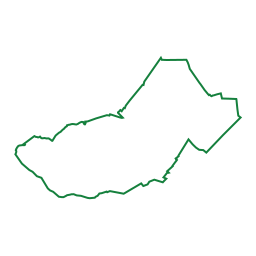 Dumbrava Rosie, Neamt, Romania (Equal Earth projection)
{"feature_id": "2599482B29354123900383", "entity_name": "Dumbrava Rosie", "entity_type": "district", "adm_level": 2, "iso_a3": "ROU", "parent_name": "Romania", "parent_adm1": "Neamt", "projection": "equal_earth", "projection_center": [26.407, 46.891], "detail": "fine", "context": "isolated", "style": "outline", "palette": "green", "viewbox_px": 256, "rotation_deg": 0, "n_neighbors": 0, "source": "geoboundaries", "source_scale": "gbopen_adm2", "svg_char_len": 2982}
<svg xmlns="http://www.w3.org/2000/svg" viewBox="0 0 256 256"><path d="M162.8,182.3L163.9,181.1L166.3,178.7L163.5,177.4L166.4,173.7L167.0,172.9L167.9,172.8L168.4,172.8L168.8,172.7L168.7,172.6L168.3,172.2L167.8,171.7L167.2,171.2L172.4,166.5L172.2,166.4L172.4,166.0L175.7,161.5L175.8,161.5L176.9,160.0L176.2,159.5L176.5,159.0L175.8,158.4L177.1,157.4L178.4,156.4L178.2,156.2L178.7,155.2L188.5,139.4L192.4,144.1L193.8,145.5L196.0,147.6L199.2,149.8L203.3,150.1L206.3,152.6L223.0,135.1L240.6,117.5L238.3,115.7L237.4,109.1L236.4,99.3L236.3,99.0L228.8,98.7L222.0,98.5L220.8,93.4L217.1,94.3L213.6,95.4L212.7,95.5L211.8,96.1L211.6,96.2L211.2,96.0L210.8,95.8L209.7,94.7L208.9,95.1L207.8,93.9L204.5,89.9L200.6,84.3L199.5,82.9L193.6,74.4L189.8,68.9L188.6,64.7L187.7,62.3L186.8,60.6L186.4,59.8L166.5,60.0L161.8,59.8L160.9,57.8L144.3,81.6L143.5,85.0L142.6,84.8L129.7,100.5L125.8,105.6L124.8,108.2L123.9,107.9L122.0,110.7L121.7,111.2L120.4,110.0L120.2,110.1L120.1,110.3L120.2,110.6L119.9,110.8L119.4,111.2L119.2,111.3L119.0,111.5L118.9,111.6L118.6,111.8L118.5,112.0L118.2,112.2L118.2,112.3L118.0,112.5L118.0,112.8L122.8,117.7L121.9,117.9L121.4,117.8L119.8,117.4L110.5,114.4L110.0,114.3L109.9,114.5L109.8,114.9L109.7,115.1L109.6,115.4L109.5,115.5L109.4,115.6L108.7,115.4L106.8,115.2L96.1,118.4L87.7,121.4L85.2,121.6L85.2,121.9L85.5,122.2L85.2,122.9L85.1,123.0L85.3,123.1L85.5,123.2L85.4,123.4L85.1,124.2L84.9,124.4L84.6,124.3L84.6,124.2L84.4,124.1L84.0,123.8L83.9,123.6L83.8,123.4L83.7,123.3L83.5,122.7L83.4,122.5L83.3,122.3L83.3,122.2L83.1,122.0L81.6,121.9L80.3,122.4L79.5,122.8L79.1,123.1L78.5,123.4L78.1,123.8L77.6,124.0L76.4,124.5L75.5,124.4L74.8,124.3L74.5,124.2L73.6,124.1L72.9,124.0L72.5,124.0L72.1,124.1L71.3,124.1L70.7,124.4L69.9,124.6L69.7,124.7L68.6,124.8L67.6,125.2L67.1,125.2L66.9,125.6L66.9,126.2L66.8,126.3L65.5,127.0L65.3,127.4L64.7,127.8L64.1,128.7L62.7,129.7L60.8,131.6L60.7,131.8L59.0,132.7L57.7,133.8L56.4,134.9L55.6,135.6L52.4,140.8L52.0,140.8L51.6,140.5L51.5,140.4L51.1,140.1L50.9,139.9L50.5,139.6L49.7,139.1L48.7,138.4L47.8,138.4L47.2,138.4L46.9,138.5L44.8,138.1L44.3,138.0L43.5,138.2L43.0,138.2L42.8,138.2L42.4,138.3L42.0,138.3L41.2,138.0L40.0,136.6L38.8,137.3L38.4,137.3L37.6,137.3L37.0,137.0L35.8,136.9L34.4,136.1L23.9,143.9L24.3,144.0L25.0,144.6L24.7,145.1L23.9,145.2L22.9,145.1L22.3,145.1L21.8,145.2L19.4,145.5L18.3,146.0L18.0,146.3L17.8,146.7L17.1,147.4L16.7,148.2L16.6,148.6L16.3,148.9L16.1,149.2L16.1,149.6L16.0,149.9L15.8,150.2L16.0,150.6L16.3,151.1L16.3,151.6L16.1,152.7L15.9,153.1L15.8,153.4L15.4,154.3L21.9,163.6L29.3,170.0L32.6,171.8L36.9,176.2L41.4,177.8L47.8,188.4L50.0,190.4L53.2,191.8L58.6,196.5L58.8,196.7L61.6,197.1L63.6,197.1L65.8,196.0L67.1,195.2L69.9,194.7L71.4,194.3L73.7,194.2L76.7,195.4L80.9,195.8L87.6,197.9L89.7,198.2L94.8,197.7L95.6,196.8L97.6,195.8L99.4,193.5L101.6,193.2L106.6,191.6L107.2,192.2L109.9,191.1L123.7,193.7L141.2,183.4L143.3,186.0L147.6,184.4L149.3,181.7L154.3,179.7L162.8,182.3Z" fill="none" stroke="#15803d" stroke-width="2"/></svg>